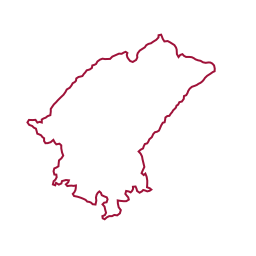 Belmiro Braga, Minas Gerais, Brazil, rotated 168°
{"feature_id": "56859067B40732579968436", "entity_name": "Belmiro Braga", "entity_type": "district", "adm_level": 2, "iso_a3": "BRA", "parent_name": "Brazil", "parent_adm1": "Minas Gerais", "projection": "robinson", "projection_center": [-43.465, -21.971], "detail": "fine", "context": "isolated", "style": "outline", "palette": "rose", "viewbox_px": 256, "rotation_deg": 168, "n_neighbors": 0, "source": "geoboundaries", "source_scale": "gbopen_adm2", "svg_char_len": 3351}
<svg xmlns="http://www.w3.org/2000/svg" viewBox="0 0 256 256"><g transform="rotate(168 128 128)"><path d="M194.9,72.7L191.7,71.3L188.7,69.6L186.2,67.9L184.4,66.5L183.2,64.5L181.1,63.7L179.6,62.6L178.4,60.8L175.7,59.9L174.1,63.5L173.8,66.6L172.6,69.2L171.0,70.9L169.2,71.9L168.0,70.3L167.6,67.7L165.2,65.9L163.2,64.6L162.8,62.5L164.4,59.8L166.9,59.9L168.8,58.6L167.3,56.0L167.3,53.0L167.1,49.6L168.8,47.6L171.4,47.1L171.5,44.9L169.8,43.6L167.3,45.0L164.7,45.7L162.0,45.1L159.5,45.8L156.7,44.8L153.7,46.2L152.1,49.2L153.6,52.4L153.6,56.3L153.1,59.3L150.6,58.3L147.1,57.2L144.8,56.8L142.1,57.8L142.2,60.1L143.2,61.9L144.3,64.1L142.9,66.8L140.5,65.8L138.8,64.5L137.0,65.7L135.7,67.4L135.4,69.5L132.8,69.2L132.3,66.8L132.2,64.5L130.1,62.3L127.6,63.1L126.0,64.2L124.4,63.4L122.3,62.0L119.9,62.1L118.0,62.9L119.2,64.5L121.7,66.1L120.7,69.8L120.1,72.5L119.9,76.3L120.5,79.8L122.4,78.7L124.1,81.0L123.0,82.6L121.7,84.4L120.1,86.5L120.2,91.0L120.3,94.2L120.2,97.3L121.0,100.3L122.5,102.8L120.3,104.1L117.5,104.9L116.5,106.7L114.9,108.8L112.4,109.0L111.0,110.4L109.5,112.5L106.6,114.1L104.5,116.9L102.5,118.3L100.4,118.3L98.3,119.0L97.1,120.6L95.0,123.6L92.9,125.9L91.0,126.0L90.1,128.0L89.2,130.5L87.1,131.5L85.0,131.3L83.2,133.1L81.5,134.4L80.2,135.9L78.5,136.9L76.9,138.0L75.9,139.8L74.1,140.4L72.4,142.6L69.8,142.7L67.4,144.9L66.6,147.6L64.2,148.0L62.5,149.9L61.4,151.7L59.5,153.6L57.0,155.0L53.8,155.4L51.7,155.8L49.8,156.6L47.7,157.1L45.5,158.2L43.8,159.5L42.3,161.0L39.7,162.6L36.2,163.9L33.4,165.1L31.5,165.5L30.8,168.1L30.8,171.3L32.2,173.6L33.8,174.9L35.6,175.4L38.5,175.6L41.0,176.7L43.0,178.6L45.5,179.7L47.7,181.1L49.2,182.7L50.9,184.0L53.3,184.8L56.4,185.4L58.2,186.9L59.4,188.9L61.7,188.6L63.8,186.9L64.8,190.1L64.1,194.6L64.3,196.7L65.4,199.5L69.0,203.0L71.1,204.8L74.4,205.1L75.5,208.1L75.8,210.3L76.2,212.4L78.8,212.4L79.4,210.2L82.0,208.4L85.6,207.1L87.9,206.1L90.5,206.0L92.9,205.2L94.8,203.4L97.5,202.4L100.4,201.3L102.9,199.2L104.0,197.2L104.2,195.1L105.9,192.9L107.6,192.3L109.6,191.6L112.0,193.1L113.1,195.3L113.9,197.2L114.0,199.8L113.0,201.5L114.5,203.0L116.7,202.6L118.7,201.9L121.4,202.6L125.6,201.7L128.5,201.1L131.2,199.3L133.9,199.8L136.2,200.2L138.5,201.1L141.2,200.7L144.1,199.4L145.9,197.3L147.6,196.8L149.9,196.6L150.8,194.3L153.3,193.2L156.4,193.0L158.3,191.2L159.9,190.1L161.8,188.3L163.6,188.2L165.8,188.2L168.3,187.2L169.0,185.1L170.5,184.0L172.8,183.3L174.4,181.4L176.6,179.5L179.9,178.4L181.7,176.2L184.2,173.9L187.5,171.9L190.9,169.7L192.9,168.2L195.6,166.5L197.2,165.0L199.6,162.7L200.1,160.2L201.3,156.7L204.2,156.3L206.4,155.2L208.6,154.9L210.6,154.2L211.2,151.3L213.2,152.4L215.5,152.1L216.8,155.2L219.7,155.6L223.2,156.5L225.2,154.4L224.0,151.6L221.3,149.9L220.0,147.9L218.2,146.5L218.0,143.7L217.9,141.3L216.3,140.3L214.5,138.9L213.6,136.9L212.2,135.4L212.8,132.7L211.9,130.3L209.6,129.9L206.6,130.2L203.5,131.9L202.6,128.9L201.5,126.9L198.3,126.9L196.9,124.9L197.5,121.9L197.6,117.8L197.1,114.5L199.4,112.2L202.2,110.7L203.1,108.0L204.0,105.0L206.3,104.2L208.5,103.8L209.8,101.2L209.7,97.8L207.8,97.3L208.0,94.7L209.7,92.6L211.8,91.4L213.2,88.4L211.1,87.1L209.8,89.3L207.4,87.0L204.7,87.6L203.6,89.8L199.5,90.0L196.7,89.1L197.8,87.3L200.5,85.8L199.4,83.8L197.3,83.7L195.3,83.4L193.3,82.7L190.9,82.6L191.6,80.0L192.4,78.1L193.9,76.3L195.7,75.0L194.9,72.7Z" fill="none" stroke="#9f1239" stroke-width="2"/></g></svg>